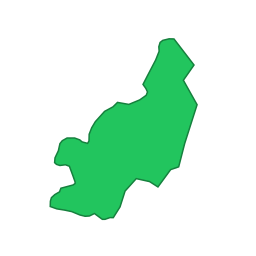 Nairi, Kotayk, Armenia, rotated 18°
{"feature_id": "60910142B16910002404560", "entity_name": "Nairi", "entity_type": "district", "adm_level": 2, "iso_a3": "ARM", "parent_name": "Armenia", "parent_adm1": "Kotayk", "projection": "robinson", "projection_center": [44.476, 40.372], "detail": "fine", "context": "isolated", "style": "filled", "palette": "green", "viewbox_px": 256, "rotation_deg": 18, "n_neighbors": 0, "source": "geoboundaries", "source_scale": "gbopen_adm2", "svg_char_len": 951}
<svg xmlns="http://www.w3.org/2000/svg" viewBox="0 0 256 256"><g transform="rotate(18 128 128)"><path d="M144.2,29.1L139.5,30.5L134.0,33.9L132.1,36.7L132.2,41.2L133.9,45.4L133.3,54.8L130.4,72.0L128.8,81.9L132.9,85.0L135.4,87.7L135.2,91.3L130.4,97.7L121.5,105.3L110.1,106.9L107.2,112.5L103.2,116.7L100.6,119.4L95.0,132.0L93.4,139.0L93.0,145.9L94.9,152.4L94.3,155.1L88.6,155.4L85.8,154.2L80.3,154.0L73.1,156.4L69.4,160.4L68.1,163.9L68.8,171.2L67.8,178.9L68.9,183.6L71.2,184.7L74.8,184.7L79.9,182.3L84.1,182.5L90.5,190.6L94.4,195.7L94.8,197.2L93.3,199.2L82.8,206.0L82.6,209.9L79.0,213.9L76.7,217.9L76.8,221.6L78.3,226.7L85.3,226.9L92.9,225.7L100.3,224.9L109.2,225.6L114.5,225.2L118.5,223.6L122.5,219.7L131.8,222.8L134.3,222.0L138.5,218.8L141.7,217.8L144.8,205.5L144.7,188.9L151.5,173.6L165.1,172.3L174.7,174.8L181.4,154.4L188.2,149.3L186.7,125.2L186.5,84.5L165.9,65.5L171.3,47.7L144.2,29.1Z" fill="#22c55e" stroke="#15803d" stroke-width="1.5"/></g></svg>